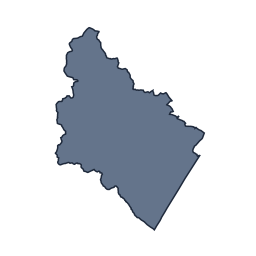 the district of Le Thuy, Quảng Bình, Vietnam, rotated 83°
{"feature_id": "81297802B23145234920875", "entity_name": "Le Thuy", "entity_type": "district", "adm_level": 2, "iso_a3": "VNM", "parent_name": "Vietnam", "parent_adm1": "Quảng Bình", "projection": "orthographic", "projection_center": [106.715, 17.125], "detail": "fine", "context": "isolated", "style": "filled", "palette": "slate", "viewbox_px": 256, "rotation_deg": 83, "n_neighbors": 0, "source": "geoboundaries", "source_scale": "gbopen_adm2", "svg_char_len": 5814}
<svg xmlns="http://www.w3.org/2000/svg" viewBox="0 0 256 256"><g transform="rotate(83 128 128)"><path d="M129.4,195.9L130.6,195.7L131.6,195.6L132.4,195.2L133.1,195.2L134.3,195.7L136.4,197.9L136.2,198.9L136.9,199.9L137.1,200.0L138.6,200.1L140.1,200.5L143.0,201.9L144.1,203.1L144.3,203.1L146.0,201.7L146.9,201.6L147.7,201.8L148.1,201.6L148.4,201.7L149.0,200.6L149.2,200.4L150.9,201.0L152.1,201.1L153.2,201.9L153.8,201.9L154.2,201.8L155.0,201.4L155.9,200.6L156.3,199.8L156.2,198.9L155.7,197.1L155.5,195.4L155.6,194.3L155.3,193.5L155.2,192.6L155.0,192.0L155.0,191.1L155.1,190.7L155.9,189.9L155.8,188.1L156.0,187.4L157.0,186.6L157.5,185.4L157.4,185.2L156.9,184.4L156.7,183.9L156.6,182.6L156.8,182.4L157.0,182.3L157.3,182.1L157.4,181.8L157.2,181.0L157.3,180.8L158.1,179.5L158.5,179.1L158.9,178.9L159.2,178.9L160.0,179.2L161.2,179.3L161.9,178.9L162.5,178.2L162.8,177.9L164.1,177.3L165.3,177.1L165.6,176.8L166.0,175.3L166.6,174.5L167.2,173.3L165.7,168.9L165.7,168.1L165.1,167.5L165.1,166.5L165.7,166.3L166.3,165.9L167.2,164.9L167.8,163.8L167.3,162.3L167.6,161.6L167.9,161.3L168.5,161.3L169.1,161.2L169.4,159.6L170.8,159.1L171.7,160.0L174.5,160.8L175.5,161.4L176.1,161.6L177.1,161.3L179.1,161.2L181.9,159.7L182.4,159.7L183.1,158.6L184.1,157.8L184.8,157.6L185.6,156.9L186.3,156.2L186.6,155.2L186.7,154.0L185.6,151.8L185.2,149.3L185.1,149.0L184.6,148.8L184.1,148.1L184.1,147.4L184.1,147.0L184.6,146.5L186.0,145.5L187.0,145.1L188.0,145.4L189.5,145.3L190.5,145.5L191.0,145.5L191.6,145.3L192.1,145.3L192.5,145.1L193.2,144.6L193.2,144.3L193.5,144.1L194.9,143.8L195.5,143.5L195.8,143.2L195.8,142.8L196.3,141.9L197.0,141.6L197.3,141.0L197.8,140.6L198.8,140.0L199.3,140.0L200.1,139.2L200.7,139.2L200.9,138.7L201.4,138.5L202.0,137.8L203.4,137.0L203.8,136.5L204.6,136.4L206.6,135.4L208.0,134.6L208.3,134.6L208.7,134.9L209.7,134.2L210.2,133.7L211.5,133.6L211.9,133.5L213.3,132.4L214.1,132.1L214.9,132.1L215.5,131.6L215.8,131.6L216.5,130.8L218.0,129.8L218.1,129.6L218.1,128.9L218.6,128.0L220.8,126.1L221.2,125.6L222.0,124.6L222.3,124.1L222.6,123.9L222.9,123.4L226.2,120.8L229.0,117.8L231.1,115.2L232.3,114.3L230.3,112.7L229.0,111.8L223.8,107.5L221.7,106.1L220.8,105.6L215.6,101.5L212.1,98.9L194.7,85.0L185.1,77.6L164.1,60.2L163.9,60.7L164.5,62.1L164.4,62.3L164.3,62.5L164.0,62.7L163.3,62.8L162.8,62.7L162.6,62.8L161.9,64.0L161.4,64.3L160.2,66.1L158.8,66.5L157.7,66.3L155.9,65.4L155.4,64.9L154.1,64.3L153.4,62.8L149.5,58.5L147.8,56.0L147.0,55.3L142.3,52.9L139.4,55.9L138.8,57.1L138.3,57.9L137.4,58.9L136.5,59.9L135.9,60.3L136.5,61.5L135.8,61.4L135.5,61.6L135.4,62.0L135.3,62.6L135.0,63.0L134.7,63.1L134.0,65.5L133.5,69.2L133.1,70.7L131.0,71.2L130.3,70.3L128.1,71.8L128.2,72.3L127.2,73.3L126.1,75.5L124.8,77.6L124.8,77.9L124.7,78.0L124.3,78.0L124.1,77.8L123.8,77.8L123.3,76.7L122.9,76.3L122.5,76.6L123.5,78.0L121.9,79.3L119.9,83.0L119.5,85.1L118.5,84.6L117.2,83.4L117.4,82.5L117.1,81.1L114.4,81.9L112.9,82.9L112.1,83.3L111.0,84.5L109.7,86.7L109.4,86.5L108.9,85.6L106.7,83.1L106.4,82.3L106.5,81.2L106.3,81.0L102.4,83.6L98.8,85.2L97.6,86.0L97.6,86.3L98.4,88.5L98.4,88.8L98.1,90.1L97.2,91.4L98.8,93.4L99.4,94.5L99.2,96.7L98.8,97.7L98.4,98.2L97.6,98.3L96.8,98.3L95.5,98.4L94.7,98.9L94.4,98.9L93.7,98.7L94.6,100.8L95.3,101.7L95.6,102.5L94.6,103.6L94.5,104.4L94.8,105.9L94.7,107.0L94.0,107.7L92.8,108.2L92.4,108.2L91.8,110.7L91.9,112.8L91.4,113.5L91.5,114.1L91.4,115.0L91.1,115.5L90.4,116.2L90.4,116.6L90.6,117.1L90.3,118.1L90.0,118.1L89.6,118.3L89.4,118.3L89.0,117.9L87.8,118.0L87.2,117.5L86.2,117.5L85.3,116.8L84.9,116.7L84.6,116.7L83.1,117.4L82.3,117.2L81.5,117.3L80.8,118.0L79.4,119.1L78.7,119.4L77.9,119.7L76.7,119.5L76.0,119.5L75.4,119.6L72.9,120.6L72.7,120.7L72.6,121.1L72.4,121.4L71.7,121.7L70.2,121.8L68.7,123.4L68.7,124.2L69.0,126.4L68.8,127.2L68.1,128.5L67.7,129.4L67.6,130.0L67.2,130.5L66.5,130.6L66.0,131.0L65.6,130.9L62.9,129.5L62.1,129.2L61.9,129.3L61.3,129.7L61.1,129.8L60.0,129.6L57.4,130.1L57.2,130.7L57.3,131.3L57.6,132.3L57.6,132.6L57.6,133.0L57.3,133.8L57.5,135.3L57.5,136.4L57.4,136.6L57.0,136.9L56.9,138.0L55.7,140.5L54.9,140.7L54.0,140.7L53.3,141.3L51.7,141.3L50.3,141.9L48.6,143.0L47.7,143.4L46.0,144.6L45.5,144.7L44.8,145.0L43.8,144.9L42.9,145.0L40.0,144.7L39.6,144.8L39.1,145.4L38.8,145.6L37.2,146.2L36.0,147.7L34.5,148.0L33.8,148.0L33.1,147.9L32.3,147.1L31.9,146.9L31.0,146.8L30.5,146.5L29.5,145.4L28.7,145.1L28.1,146.7L27.6,148.9L26.2,150.1L25.3,151.3L23.9,153.7L23.7,154.4L24.1,155.2L25.1,156.8L28.3,160.2L31.3,162.1L31.4,162.7L31.5,164.1L32.5,166.6L32.7,167.4L32.6,171.2L33.4,172.4L35.1,173.2L36.5,175.5L37.0,175.9L37.9,176.0L41.0,175.1L43.1,173.9L44.4,173.8L44.7,174.1L45.0,174.8L45.1,176.5L45.5,177.6L46.0,178.7L47.6,179.7L48.2,180.2L49.1,180.4L50.3,180.4L50.9,180.7L54.0,180.7L55.5,181.0L57.0,181.1L59.1,182.2L60.2,183.5L60.8,183.9L61.7,184.2L63.6,184.6L66.2,183.4L69.1,181.9L69.9,180.2L71.3,176.6L73.4,176.0L73.9,172.9L74.5,172.2L74.9,172.0L75.6,172.2L75.6,174.6L76.1,175.3L76.6,176.2L76.8,176.4L77.4,176.4L77.8,176.6L79.3,176.8L79.9,177.4L80.1,177.8L80.2,178.8L82.5,178.2L84.3,178.0L86.3,178.1L88.0,177.9L88.6,177.9L89.4,178.1L90.9,178.8L91.2,179.4L91.3,179.9L91.3,180.9L91.1,181.2L88.9,182.5L88.9,183.2L88.7,184.6L89.9,185.4L90.0,185.8L90.7,186.9L90.9,187.8L91.0,189.1L91.1,189.3L91.5,189.4L92.1,189.4L92.4,189.6L92.7,190.0L93.2,190.1L93.4,190.2L93.6,190.5L93.3,192.7L93.4,193.8L94.9,195.6L96.0,196.5L97.6,196.5L99.2,196.6L100.3,196.5L101.1,196.6L101.7,196.9L102.2,196.8L102.6,196.7L103.1,196.5L103.7,195.8L104.0,195.7L105.8,196.2L107.9,196.5L108.3,196.7L108.7,196.8L109.1,196.5L109.9,196.9L111.1,197.6L111.5,197.6L112.6,197.5L114.8,197.5L115.3,196.8L116.6,194.0L117.2,193.5L118.0,193.5L119.5,192.7L121.9,191.8L122.4,191.5L123.7,190.3L125.6,190.6L126.2,190.5L126.5,190.8L126.6,191.7L127.3,193.2L127.7,193.8L128.7,194.5L129.1,194.9L129.4,195.9Z" fill="#64748b" stroke="#1e293b" stroke-width="1.5"/></g></svg>